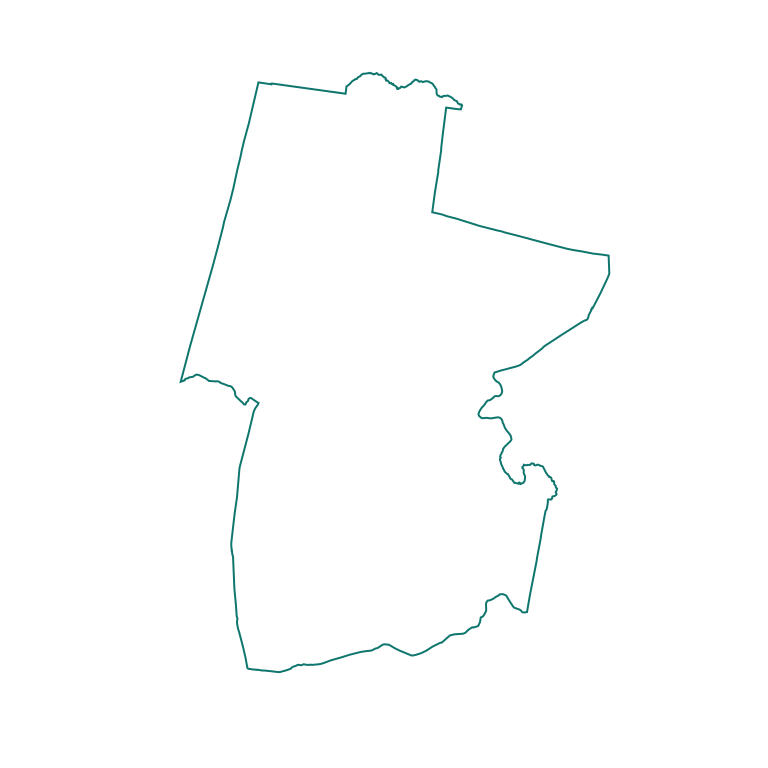 outline of Balaci, Teleorman, Romania, rotated 281°
{"feature_id": "2599482B69496145689", "entity_name": "Balaci", "entity_type": "district", "adm_level": 2, "iso_a3": "ROU", "parent_name": "Romania", "parent_adm1": "Teleorman", "projection": "albers", "projection_center": [24.893, 44.347], "detail": "fine", "context": "isolated", "style": "outline", "palette": "teal", "viewbox_px": 768, "rotation_deg": 281, "n_neighbors": 0, "source": "geoboundaries", "source_scale": "gbopen_adm2", "svg_char_len": 6130}
<svg xmlns="http://www.w3.org/2000/svg" viewBox="0 0 768 768"><g transform="rotate(281 384 384)"><path d="M187.4,567.9L205.3,567.5L239.6,567.6L242.0,567.4L262.2,567.3L264.2,567.1L284.7,566.8L290.3,566.8L291.5,567.4L293.0,567.6L298.4,567.5L301.3,567.0L302.0,567.2L302.2,567.5L302.3,569.3L302.7,570.4L303.4,570.7L305.7,570.8L306.7,573.0L308.1,574.3L309.0,574.4L310.6,573.2L312.6,573.8L314.4,573.8L314.7,573.1L315.6,572.3L316.9,571.8L318.2,570.2L320.8,569.5L321.1,568.9L320.7,568.3L320.7,567.8L321.0,567.4L324.0,565.9L324.3,565.2L324.2,563.9L325.0,563.5L325.3,562.6L325.6,562.2L327.9,559.9L333.2,555.8L333.5,554.9L333.5,553.7L334.2,550.8L334.0,549.8L333.0,548.3L332.9,547.3L333.1,546.8L334.3,546.2L334.4,545.9L334.1,543.8L332.7,543.1L332.4,542.7L332.0,540.4L331.7,540.1L331.5,539.4L331.2,537.5L331.4,536.8L330.3,536.6L329.2,535.8L328.1,535.8L327.0,537.1L326.0,537.7L323.5,538.0L320.1,540.2L316.3,540.5L315.0,540.3L313.8,539.8L311.8,537.0L312.9,536.3L313.1,535.8L312.9,535.3L311.9,535.3L311.8,535.1L312.0,532.0L311.9,530.8L314.6,528.0L315.0,526.6L315.4,526.0L316.4,525.3L319.2,522.8L319.3,521.9L321.1,519.0L322.5,518.3L323.6,517.0L324.8,516.5L327.3,514.6L332.2,512.1L334.0,512.7L334.6,511.9L336.4,511.9L337.8,512.5L338.7,512.6L340.8,513.3L343.0,513.3L345.6,514.5L346.2,515.0L350.3,517.8L350.9,518.4L353.3,519.6L354.1,519.7L357.4,518.2L360.3,515.2L360.9,514.1L364.0,511.1L367.5,508.9L368.4,508.1L371.0,506.9L372.1,505.8L372.9,504.5L373.1,502.5L372.5,500.5L370.8,496.1L370.5,494.2L370.4,491.3L369.2,487.2L369.3,486.1L370.6,483.7L372.0,482.6L373.2,482.5L375.0,482.8L378.4,484.0L380.0,484.8L382.0,486.2L386.0,487.9L387.2,488.7L387.8,489.3L388.0,490.4L388.7,491.4L391.4,494.0L392.3,494.2L392.7,494.6L393.6,496.3L393.8,498.5L394.3,499.5L396.0,500.9L397.2,501.3L399.6,501.4L403.0,500.0L405.6,498.3L407.2,496.4L408.2,493.7L409.3,492.1L410.5,490.9L412.2,489.8L415.0,490.0L416.4,490.4L419.4,495.9L426.5,510.6L428.5,513.9L429.9,515.3L432.2,517.2L435.0,520.2L437.7,522.4L440.5,525.1L442.4,526.5L449.0,532.4L450.7,533.4L452.8,535.3L466.7,549.6L481.8,565.5L484.6,568.8L485.2,570.1L486.3,571.3L488.6,571.8L491.0,571.9L496.2,573.5L496.4,573.2L497.0,573.3L498.6,573.9L498.4,574.4L514.3,579.1L530.4,583.2L534.5,584.0L535.8,584.0L552.9,580.0L552.6,573.4L551.9,564.2L551.9,553.6L551.6,543.0L551.7,537.3L552.8,519.2L555.2,484.7L555.8,473.9L556.3,469.7L556.3,466.6L557.4,447.5L560.1,423.9L560.7,413.9L561.5,408.5L561.8,398.6L582.1,397.4L602.7,396.8L603.7,396.5L624.9,395.5L625.7,395.2L639.8,394.1L667.2,392.3L667.8,403.5L668.3,407.1L669.2,407.1L672.3,407.5L673.1,407.0L673.2,406.6L672.7,405.4L673.2,404.7L673.5,403.1L674.7,402.3L675.1,401.7L675.5,401.5L676.2,398.7L677.3,397.3L678.1,395.6L678.6,394.6L679.0,392.5L679.3,391.8L679.3,391.3L678.7,390.1L678.2,387.7L677.8,387.0L676.7,386.3L676.9,385.6L676.6,384.4L676.7,384.0L677.2,383.4L677.4,382.9L677.4,381.6L678.7,380.5L679.6,380.1L683.0,379.4L683.5,379.0L684.0,378.3L685.4,377.2L686.4,375.8L687.2,375.4L687.9,374.4L688.4,373.5L689.0,370.8L689.4,370.3L689.4,368.6L689.1,367.0L688.2,365.2L687.7,364.4L688.2,363.4L688.2,362.4L688.0,361.8L687.5,361.4L687.4,361.1L688.2,359.4L688.7,358.8L688.8,358.3L688.6,357.3L688.8,356.9L688.3,356.0L686.9,355.3L685.4,353.8L684.4,353.7L682.3,351.1L680.4,349.4L679.0,347.3L679.2,344.1L677.5,343.2L676.9,341.8L676.3,341.7L676.2,341.4L676.2,340.9L676.4,340.5L677.5,340.5L677.6,339.8L678.3,339.3L679.2,337.1L679.3,336.0L680.4,335.6L680.0,334.2L680.8,333.5L680.4,332.0L681.1,331.7L682.3,329.9L682.6,329.0L682.2,328.6L682.2,328.3L683.6,327.3L684.3,327.5L684.6,327.2L685.1,326.4L685.1,325.2L685.8,324.4L686.6,323.0L687.1,322.6L687.2,322.1L686.7,321.2L686.5,320.3L686.8,319.2L687.7,317.9L687.8,317.5L686.5,316.0L686.5,315.3L685.9,314.5L686.3,313.5L686.4,312.7L686.8,311.9L686.3,310.8L686.6,310.2L686.3,309.9L685.7,308.1L684.8,305.6L684.7,304.5L683.3,302.9L681.6,301.9L681.3,301.3L679.6,299.6L678.4,299.2L677.5,297.3L676.7,296.9L676.3,296.1L675.1,295.0L671.5,292.8L668.9,290.4L661.6,290.9L657.6,217.0L657.4,216.2L656.7,216.3L656.1,203.2L614.2,201.6L595.3,200.2L585.6,199.8L580.1,199.8L565.0,199.1L548.0,198.8L535.9,198.2L512.6,196.1L506.7,196.0L486.8,194.8L467.2,193.4L384.0,186.4L347.4,184.0L349.5,187.6L350.3,187.5L351.4,188.6L352.3,190.5L353.3,191.5L354.6,195.0L355.0,195.5L357.1,197.4L357.5,198.6L357.5,199.8L357.4,201.1L355.9,206.0L355.6,207.7L353.6,211.7L354.5,218.6L354.9,219.7L354.9,220.6L354.6,222.5L353.8,223.4L353.5,226.2L352.5,231.6L352.6,233.0L352.4,234.3L351.5,235.9L348.9,238.4L347.5,239.4L345.5,239.8L343.7,240.8L339.6,247.1L339.0,248.4L337.5,250.2L337.2,250.9L337.4,251.7L337.9,252.1L339.6,252.3L341.5,253.8L343.2,253.8L344.5,254.8L344.8,255.5L344.7,256.5L342.2,262.3L341.4,264.5L339.2,263.9L335.5,262.2L332.1,261.4L310.3,260.5L275.0,258.2L272.7,258.3L244.9,261.3L228.5,262.1L198.8,264.4L195.9,265.0L191.4,266.3L191.5,266.5L188.4,267.4L185.5,268.8L154.5,276.2L137.1,281.3L129.0,283.4L127.4,284.0L125.8,284.9L123.2,285.0L120.7,285.5L115.8,287.5L112.5,289.3L99.4,295.6L89.1,300.2L79.4,304.0L78.9,304.4L78.6,305.3L78.8,310.3L79.1,312.1L79.0,313.6L79.4,314.0L79.5,319.2L79.9,321.1L80.6,329.0L81.0,335.0L81.4,336.8L82.0,338.2L82.6,339.1L83.9,342.0L86.7,346.8L87.7,347.3L88.8,348.3L89.8,349.8L90.3,351.0L91.8,352.8L92.1,354.2L92.1,356.3L92.5,357.2L93.5,358.4L93.6,358.8L93.5,360.5L93.7,362.7L94.5,365.9L94.6,366.5L94.5,366.8L96.3,373.0L97.3,375.7L99.4,379.4L102.3,384.0L107.9,395.0L111.8,402.2L116.7,412.7L118.9,419.0L119.3,420.7L120.1,422.7L121.1,424.2L122.4,425.6L123.7,428.2L127.7,432.3L128.2,433.1L128.6,434.5L129.0,438.6L126.7,445.0L125.4,449.7L122.8,462.4L122.8,463.2L123.1,464.3L123.8,466.2L126.8,471.7L130.1,476.2L135.6,481.9L140.4,488.2L141.0,489.2L141.1,490.0L149.7,496.6L151.7,500.8L153.9,509.1L155.2,511.2L159.0,513.9L162.1,517.1L162.0,518.3L164.4,522.6L168.6,523.7L173.1,523.5L173.5,523.7L174.1,524.8L175.2,525.7L176.3,526.2L180.4,527.5L181.9,527.4L187.6,526.1L189.5,526.2L191.3,527.3L191.8,529.1L194.0,532.2L196.3,534.3L198.1,536.6L199.7,537.9L200.4,540.9L199.8,543.9L199.2,544.8L196.6,547.0L190.8,552.6L190.0,553.4L189.2,554.8L188.4,560.2L187.7,561.7L186.5,563.2L186.3,564.0L186.7,566.0L187.4,567.9Z" fill="none" stroke="#0f766e" stroke-width="2"/></g></svg>